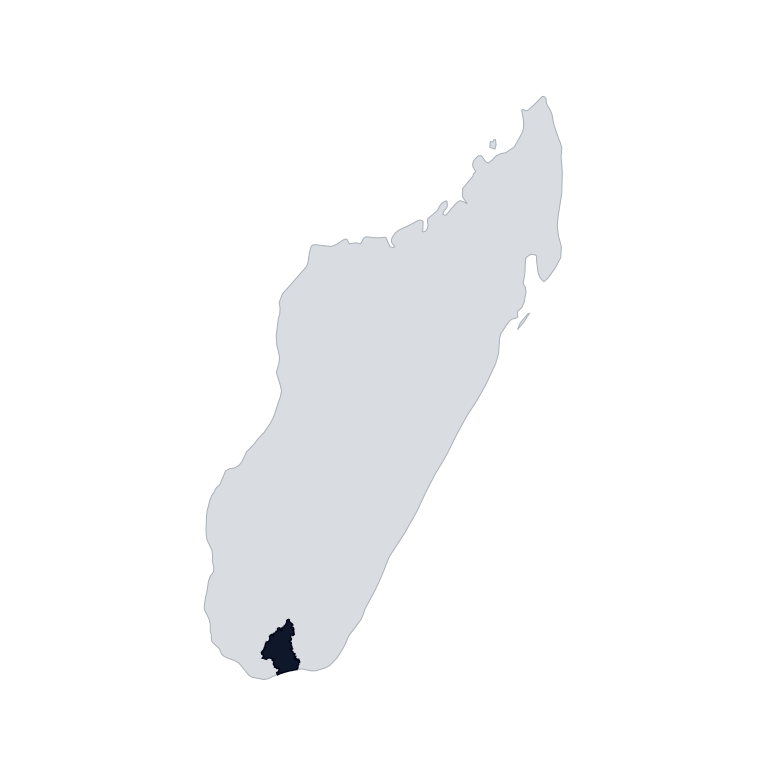 Ambovombe-Androy, Androy, Madagascar (highlighted), rotated 12°
{"feature_id": "10022922B3330352702203", "entity_name": "Ambovombe-Androy", "entity_type": "district", "adm_level": 2, "iso_a3": "MDG", "parent_name": "Madagascar", "parent_adm1": "Androy", "projection": "robinson", "projection_center": [45.726, -24.798], "detail": "fine", "context": "in_parent", "style": "filled", "palette": "ink", "viewbox_px": 768, "rotation_deg": 12, "n_neighbors": 0, "source": "geoboundaries", "source_scale": "gbopen_adm2", "svg_char_len": 8749}
<svg xmlns="http://www.w3.org/2000/svg" viewBox="0 0 768 768"><g transform="rotate(12 384 384)"><path d="M492.6,86.1L494.5,91.0L496.7,95.7L503.4,107.0L506.3,111.3L508.8,115.9L510.0,125.2L514.3,139.5L518.3,161.0L519.4,183.1L520.6,193.3L523.8,202.8L528.9,212.7L530.6,223.7L527.3,235.1L522.6,245.8L521.4,247.8L519.2,250.5L518.3,250.4L514.6,247.6L511.6,243.1L507.9,232.5L506.5,227.1L504.9,226.2L500.4,226.7L497.2,230.1L496.6,232.2L497.3,238.2L498.4,243.6L499.0,249.0L499.0,255.9L500.2,258.0L502.0,259.8L503.8,264.3L504.1,275.0L502.9,280.5L499.7,285.1L499.9,287.7L501.0,290.3L499.9,291.9L495.7,294.0L494.0,295.8L491.7,300.5L488.0,310.2L487.5,315.1L489.7,330.2L489.0,340.8L484.3,361.2L481.5,370.9L477.7,382.5L471.8,397.7L466.0,416.9L461.0,436.6L457.4,448.4L453.2,460.1L447.5,480.7L442.7,501.6L435.5,524.6L425.7,550.3L424.7,553.6L422.6,566.8L420.4,578.1L417.7,589.4L412.2,608.0L411.6,613.8L410.4,619.3L405.1,631.0L402.9,635.3L401.3,639.9L400.4,645.8L398.8,651.4L395.0,661.8L389.3,670.8L385.4,674.0L377.0,678.7L372.7,679.7L363.3,679.8L354.2,682.5L344.6,687.6L335.5,693.6L332.0,696.4L328.1,698.0L316.0,698.3L312.4,697.0L300.3,687.3L295.6,685.7L286.7,684.4L284.0,683.5L281.6,682.3L278.0,677.2L270.8,672.9L269.1,671.5L268.0,668.6L267.3,665.4L265.4,661.8L264.0,655.0L261.7,650.2L255.1,641.8L254.4,639.1L253.8,630.2L254.0,624.2L253.3,613.1L254.1,607.9L256.4,603.2L255.4,598.2L252.9,592.8L252.0,587.3L250.2,582.3L243.2,573.2L241.6,568.8L240.4,564.2L237.8,549.8L237.4,544.8L237.8,534.2L238.7,528.8L240.4,525.0L240.8,522.2L241.9,519.7L243.5,517.8L244.6,515.5L247.1,502.0L250.4,499.0L255.3,497.2L259.1,493.7L261.4,488.9L263.6,479.1L269.7,469.3L271.9,464.2L276.8,456.4L281.1,445.5L282.5,440.4L283.4,435.1L284.5,423.6L285.3,417.8L285.2,412.1L282.6,406.3L276.6,395.7L276.4,393.7L276.9,385.8L276.4,380.1L274.1,374.4L271.3,369.0L268.5,359.0L267.1,342.4L267.4,336.4L266.5,331.1L264.5,326.1L265.9,317.2L283.8,285.1L284.4,281.3L283.7,271.5L284.0,265.8L284.6,263.7L286.0,262.5L289.1,261.9L303.6,260.5L305.5,259.5L309.1,256.8L314.1,251.6L316.4,250.1L318.3,250.6L319.6,252.8L321.2,254.1L327.1,251.7L329.3,251.6L331.6,252.0L332.7,249.8L333.4,246.9L334.2,244.9L335.8,243.7L343.3,243.0L348.2,242.2L354.4,240.2L355.7,240.6L360.8,247.9L362.3,248.5L364.2,248.8L366.0,247.5L361.9,243.7L361.3,241.5L361.5,239.0L363.7,233.7L367.3,229.7L375.5,223.6L383.9,216.5L386.4,216.0L388.5,217.1L390.0,225.5L389.8,226.8L391.2,227.0L392.8,226.0L394.2,222.6L394.2,219.8L393.1,217.1L392.6,214.9L392.5,212.8L396.8,207.8L400.2,203.1L401.8,197.5L403.1,194.9L406.7,191.9L407.7,192.4L408.5,194.8L409.0,197.3L408.1,199.8L406.8,202.3L406.2,205.6L408.2,206.2L410.1,205.4L412.9,199.4L416.1,193.8L418.0,190.9L420.3,188.8L424.3,189.2L428.1,190.5L421.9,184.6L420.3,176.4L427.8,162.3L427.8,159.4L428.9,158.5L429.4,157.3L425.6,152.6L424.9,150.2L425.4,146.6L427.2,143.4L428.9,141.2L431.3,140.4L433.1,141.6L437.3,145.5L440.0,146.1L443.4,142.3L446.2,137.6L450.3,134.4L455.0,132.4L462.2,125.0L466.9,109.6L467.3,105.1L466.3,99.6L464.6,94.4L461.9,87.9L462.6,86.5L466.5,87.3L467.8,86.4L472.1,80.7L479.1,69.7L481.4,69.7L483.4,71.7L484.2,74.8L485.5,77.0L490.2,82.2L492.6,86.1ZM443.6,129.5L443.7,131.2L438.3,130.5L437.5,124.7L440.1,124.5L440.7,122.1L442.3,121.8L444.0,127.0L443.6,129.5ZM507.9,294.4L503.3,303.0L504.6,295.8L510.0,285.6L511.5,284.8L507.9,294.4Z" fill="#d9dde1" stroke="#a8b0b8" stroke-width="1"/><path d="M322.3,676.9L322.0,677.3L322.4,677.3L322.6,677.4L323.3,677.2L323.9,677.5L324.5,677.6L325.8,677.7L326.4,677.7L326.5,677.7L326.6,676.7L327.2,676.3L327.8,676.1L328.7,675.7L329.3,675.6L330.2,675.8L330.8,675.9L332.1,676.0L332.3,676.1L332.6,676.1L333.0,676.0L332.9,676.1L332.1,676.9L332.0,677.1L332.1,677.4L332.2,677.5L332.5,677.5L333.7,678.1L333.9,678.4L334.0,678.9L334.1,679.1L334.2,679.4L334.1,679.6L333.9,679.9L333.9,680.1L334.0,680.4L334.1,680.5L334.1,681.0L334.3,681.1L334.3,681.4L334.4,681.5L334.7,681.5L334.9,681.9L335.1,682.0L335.1,681.9L335.5,681.9L335.4,682.2L335.7,682.8L335.8,683.7L337.2,683.6L337.9,683.6L337.9,684.0L337.8,684.3L338.1,684.5L338.6,684.6L338.8,684.3L339.3,684.1L339.5,684.1L339.8,684.2L340.7,684.1L340.6,684.7L340.7,685.2L340.7,686.0L340.7,686.7L340.5,687.5L339.2,688.4L339.0,688.6L339.2,689.1L339.6,689.6L340.3,690.6L340.6,690.4L340.7,690.2L341.3,689.8L341.8,689.5L342.6,688.8L343.1,688.5L344.2,688.0L344.3,687.8L344.7,687.6L346.3,686.7L348.0,685.8L349.0,685.3L351.5,684.0L353.1,683.5L356.3,682.0L358.1,681.4L357.7,681.0L357.6,680.8L358.0,680.4L358.3,680.3L358.5,680.1L358.8,679.6L358.4,679.2L358.6,679.0L358.6,678.8L358.3,678.0L358.5,677.7L358.4,677.4L358.4,676.8L358.9,676.2L358.7,675.5L358.4,675.0L358.4,674.8L358.7,674.3L359.1,673.9L359.3,673.8L359.4,673.5L359.2,673.3L358.9,672.7L358.3,671.7L358.2,671.6L357.8,671.0L357.5,671.0L357.1,671.3L356.9,671.3L356.5,672.0L356.4,672.5L355.4,672.1L355.6,671.7L355.8,671.5L355.5,671.2L355.5,670.9L355.1,670.9L354.8,671.1L354.6,671.7L354.5,671.8L354.2,671.0L354.2,670.9L354.3,670.7L354.2,670.3L354.3,669.1L353.6,669.5L353.2,670.2L353.0,666.4L352.6,666.3L352.4,666.4L352.1,666.5L351.7,666.8L351.6,666.7L351.4,666.1L351.2,666.0L350.8,665.9L350.5,665.0L350.4,664.7L349.9,664.6L348.6,663.8L347.0,663.5L347.1,663.3L347.2,663.2L347.5,663.2L347.8,663.1L348.4,662.7L349.0,662.7L349.3,662.4L349.1,662.4L348.7,662.2L348.6,661.9L349.0,661.5L348.6,660.2L348.3,659.8L348.1,659.6L347.9,659.6L347.6,659.5L347.7,659.3L347.6,659.1L347.3,659.1L347.0,658.8L347.0,658.4L347.0,658.0L347.0,657.5L347.4,657.4L347.3,657.1L346.7,656.0L346.0,656.1L345.8,655.9L345.3,655.9L345.3,655.6L345.0,655.5L344.9,655.2L344.9,654.7L345.2,654.4L345.3,654.2L345.7,654.2L346.0,654.1L346.1,653.9L346.5,653.5L346.5,653.1L346.4,652.7L346.3,652.4L346.0,652.4L345.9,652.2L345.7,651.7L345.4,651.3L345.3,651.0L345.3,650.7L345.0,650.2L344.9,649.6L345.0,649.5L345.2,648.9L345.4,648.7L345.6,648.3L345.7,648.2L346.1,648.3L346.9,648.9L347.0,649.0L347.2,648.9L347.4,648.8L347.8,648.1L347.9,647.9L347.9,647.7L348.2,647.6L348.0,647.1L347.9,646.7L347.8,646.3L347.7,646.2L347.4,646.1L347.1,645.5L347.2,645.2L347.1,644.4L346.9,644.3L346.9,644.1L346.7,643.9L346.4,643.9L346.1,643.8L346.2,643.6L346.3,643.4L346.2,643.1L346.6,642.9L346.8,642.6L346.7,642.4L346.4,642.3L346.2,642.1L346.2,641.5L345.8,641.1L345.3,640.9L345.2,641.0L345.3,641.1L345.0,641.1L344.8,641.1L344.7,640.9L344.4,640.8L344.3,640.7L344.1,640.7L343.9,640.6L343.9,640.3L343.8,639.5L344.5,638.9L344.9,638.6L344.5,638.1L343.9,637.6L343.4,637.4L342.9,637.3L342.0,636.7L341.7,636.6L340.9,635.9L340.6,635.4L340.4,635.3L340.4,635.1L340.4,634.5L340.4,634.4L339.9,634.1L339.7,634.1L339.4,634.2L339.2,634.4L339.2,634.7L339.2,634.8L338.7,634.7L338.5,634.9L338.2,635.3L338.1,635.6L338.3,636.1L338.2,636.6L338.5,637.1L338.5,637.4L338.3,638.0L338.1,638.2L338.0,639.5L338.0,639.8L337.9,639.9L337.7,640.0L337.4,640.8L337.3,641.4L337.0,641.6L336.8,641.5L336.8,641.8L336.8,642.0L336.6,642.5L335.8,642.9L335.7,643.1L335.7,643.8L335.4,643.9L334.8,643.9L334.7,644.0L334.8,644.0L335.0,644.3L334.9,644.9L334.9,645.1L335.0,645.2L335.4,645.3L335.4,645.5L335.6,645.8L335.5,646.2L335.2,646.1L335.0,645.9L334.7,645.8L334.6,646.0L334.5,646.6L334.4,646.8L334.0,646.8L333.5,645.5L332.6,644.3L332.0,644.5L331.9,644.6L331.7,644.7L331.3,644.7L331.1,644.9L331.1,645.0L330.7,645.4L330.8,645.9L331.1,646.1L331.1,646.4L331.2,646.7L331.1,646.9L331.3,647.3L331.3,647.6L331.0,648.0L330.6,648.1L330.4,648.2L330.1,648.2L329.9,648.3L329.8,649.3L329.7,649.6L329.3,650.1L329.3,650.4L329.0,650.4L328.8,650.6L328.4,650.6L328.2,650.7L328.2,650.8L328.4,651.6L327.9,651.6L327.7,651.8L327.2,652.0L327.9,652.8L327.9,653.0L327.8,653.3L327.7,653.4L327.7,653.5L326.6,652.8L326.1,652.5L325.9,652.8L325.4,653.1L325.3,653.3L325.3,653.5L325.1,653.8L324.9,653.8L324.9,654.1L324.9,654.4L324.8,654.6L324.6,654.6L324.5,654.9L325.1,655.8L325.3,656.2L325.5,656.4L325.5,656.5L325.4,656.5L325.2,656.8L325.1,657.1L325.3,657.5L325.3,657.9L325.4,658.1L325.4,658.8L325.2,659.2L325.0,659.3L324.8,659.3L324.8,659.5L324.8,659.8L324.6,659.8L324.3,660.2L324.2,660.3L323.5,660.5L323.4,660.6L323.1,660.7L323.1,661.1L323.0,661.4L322.9,661.4L323.0,661.5L322.9,661.7L322.6,661.9L322.5,662.0L322.4,662.4L322.2,662.5L322.5,663.0L322.4,663.2L322.2,663.5L322.2,663.9L322.1,664.1L322.2,664.4L322.1,664.8L322.2,665.1L322.2,665.3L322.4,665.6L322.4,665.9L322.6,666.0L321.9,666.3L322.0,666.9L321.7,667.1L321.6,667.3L321.7,667.2L321.8,667.3L321.7,667.8L321.8,668.1L321.7,668.4L321.8,668.6L321.6,668.8L321.5,669.2L321.5,669.4L321.2,669.7L321.1,670.0L320.9,670.1L320.7,670.3L320.5,670.7L320.3,671.5L319.9,671.9L320.1,672.1L320.2,672.4L320.3,672.6L320.3,672.9L320.5,672.9L320.5,673.0L320.6,673.6L320.8,673.6L321.5,673.8L321.6,673.7L322.1,673.7L322.4,674.4L322.3,674.7L322.7,675.3L322.9,675.4L322.7,675.6L322.7,675.9L322.6,676.1L322.5,676.3L322.3,676.6L322.3,676.9Z" fill="#0f172a" stroke="#020617" stroke-width="1.5"/></g></svg>